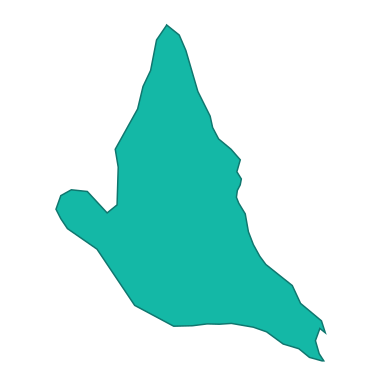 map outline of Grand Casablanca (Mercator projection), rotated 91°
{"feature_id": "MAR-1450", "entity_name": "Grand Casablanca", "entity_type": "Region", "adm_level": 1, "iso_a3": "MAR", "parent_name": "Morocco", "parent_adm1": "", "projection": "mercator", "projection_center": [-7.577, 33.547], "detail": "fine", "context": "isolated", "style": "filled", "palette": "teal", "viewbox_px": 384, "rotation_deg": 91, "n_neighbors": 0, "source": "natural_earth", "source_scale": "10m", "svg_char_len": 844}
<svg xmlns="http://www.w3.org/2000/svg" viewBox="0 0 384 384"><g transform="rotate(91 192 192)"><path d="M25.4,220.3L35.3,207.5L50.6,200.6L91.4,187.9L115.8,175.2L127.2,172.5L138.5,166.3L148.6,153.7L159.0,144.3L171.0,147.5L178.1,142.9L184.0,143.9L189.7,146.7L196.5,147.5L202.3,145.1L212.9,138.4L230.8,134.9L243.6,129.7L255.1,123.1L263.2,116.9L283.8,90.1L301.5,81.5L318.6,60.3L330.4,56.3L326.2,61.8L338.5,66.0L351.5,62.0L358.5,57.3L358.6,59.0L355.3,71.7L346.8,82.5L342.4,98.2L330.5,115.0L326.1,128.3L322.7,150.3L323.7,162.3L323.6,174.5L325.7,189.1L326.5,208.0L306.4,247.3L250.8,286.0L230.8,315.9L221.0,322.7L211.6,327.7L197.9,323.1L191.9,312.7L193.3,296.7L214.4,276.5L206.2,266.7L168.5,266.2L150.6,269.5L109.9,247.8L87.3,242.8L71.2,235.5L40.6,230.1L26.3,220.7L25.4,220.3L25.4,220.3Z" fill="#14b8a6" stroke="#0f766e" stroke-width="1.5"/></g></svg>